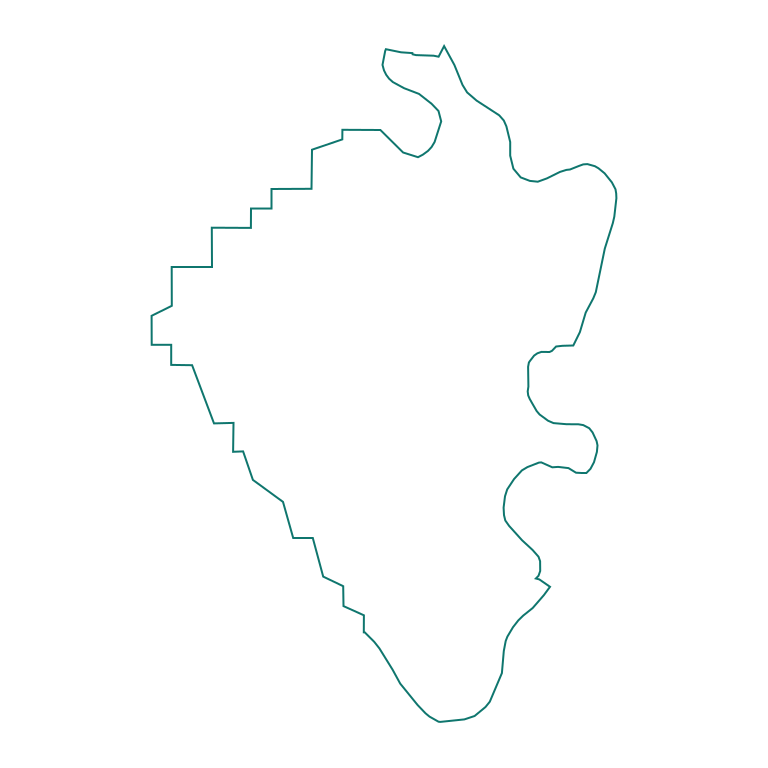 Mississippi, Missouri, United States of America (Robinson projection)
{"feature_id": "52423323B58480998069013", "entity_name": "Mississippi", "entity_type": "district", "adm_level": 2, "iso_a3": "USA", "parent_name": "United States of America", "parent_adm1": "Missouri", "projection": "robinson", "projection_center": [-89.235, 36.818], "detail": "fine", "context": "isolated", "style": "outline", "palette": "teal", "viewbox_px": 768, "rotation_deg": 0, "n_neighbors": 0, "source": "geoboundaries", "source_scale": "gbopen_adm2", "svg_char_len": 2172}
<svg xmlns="http://www.w3.org/2000/svg" viewBox="0 0 768 768"><path d="M151.6,315.8L151.7,344.8L171.2,344.8L171.2,364.9L192.1,365.2L214.0,423.4L233.5,422.9L233.1,451.8L243.1,451.4L252.9,479.9L283.0,501.9L293.2,538.0L312.8,538.0L323.2,576.6L343.2,586.2L343.5,606.1L363.9,615.3L363.8,632.3L364.7,632.3L374.2,641.8L379.4,648.4L392.6,669.7L400.2,683.6L417.5,704.9L425.5,713.3L429.5,716.6L438.5,721.7L440.3,721.9L464.4,719.4L474.6,716.0L485.5,707.0L489.8,701.7L501.9,673.1L503.8,651.0L505.7,641.0L507.4,636.6L513.0,627.2L518.3,620.4L523.2,615.6L532.7,608.0L532.8,607.9L543.9,595.1L550.0,586.8L539.3,579.4L535.9,578.5L538.5,575.8L540.2,571.0L540.1,561.2L538.5,556.7L532.6,550.0L522.1,540.3L509.1,525.9L505.3,520.5L504.0,515.1L503.6,507.6L505.0,496.3L507.2,489.4L514.1,479.0L521.9,470.4L527.4,467.1L538.9,462.6L541.3,462.4L552.3,467.3L558.1,466.9L568.5,468.1L576.0,472.7L581.7,473.0L586.4,473.0L590.5,468.8L594.0,462.2L596.9,451.9L597.5,445.4L596.6,441.1L592.6,432.5L589.3,428.3L589.2,428.2L583.3,425.1L578.5,424.3L566.4,424.2L553.5,423.1L548.0,420.7L539.6,414.5L536.7,411.1L532.3,403.5L529.7,398.9L528.2,395.4L527.7,391.4L528.4,386.6L528.1,366.8L528.9,362.5L530.0,360.9L534.1,355.6L537.4,353.3L541.4,351.9L549.5,352.0L551.9,350.9L556.1,346.5L562.5,345.8L573.3,345.5L579.9,332.1L585.7,312.6L593.3,298.3L595.8,292.2L604.8,248.6L612.8,223.2L614.3,216.7L616.4,198.2L616.2,193.5L615.5,189.3L611.9,182.4L604.6,173.3L598.5,168.3L594.9,166.2L587.4,164.1L583.2,164.4L578.8,166.0L570.0,169.5L566.4,169.9L560.0,171.9L546.9,178.4L537.8,181.7L529.9,180.9L520.7,177.4L513.4,168.7L510.2,155.7L510.2,142.0L506.4,126.4L503.8,120.5L499.2,115.3L476.6,100.6L467.1,92.4L462.5,84.9L454.4,65.0L444.1,46.1L438.6,56.7L433.6,55.7L416.0,55.1L412.6,54.3L412.4,53.1L401.0,52.3L385.9,49.2L385.2,50.9L382.5,64.9L384.0,70.4L386.2,74.8L389.1,78.7L392.9,82.1L404.1,88.2L419.0,93.9L431.6,103.8L438.5,111.0L441.2,121.4L434.6,142.0L431.6,147.0L428.0,150.9L422.8,154.7L418.0,157.2L403.1,152.5L380.4,130.0L342.4,129.8L342.3,139.4L312.0,149.7L311.5,188.8L271.5,189.0L271.5,208.5L251.0,208.5L250.9,227.9L211.8,227.7L212.0,267.0L171.7,267.0L171.8,305.8L151.6,315.8Z" fill="none" stroke="#0f766e" stroke-width="2"/></svg>